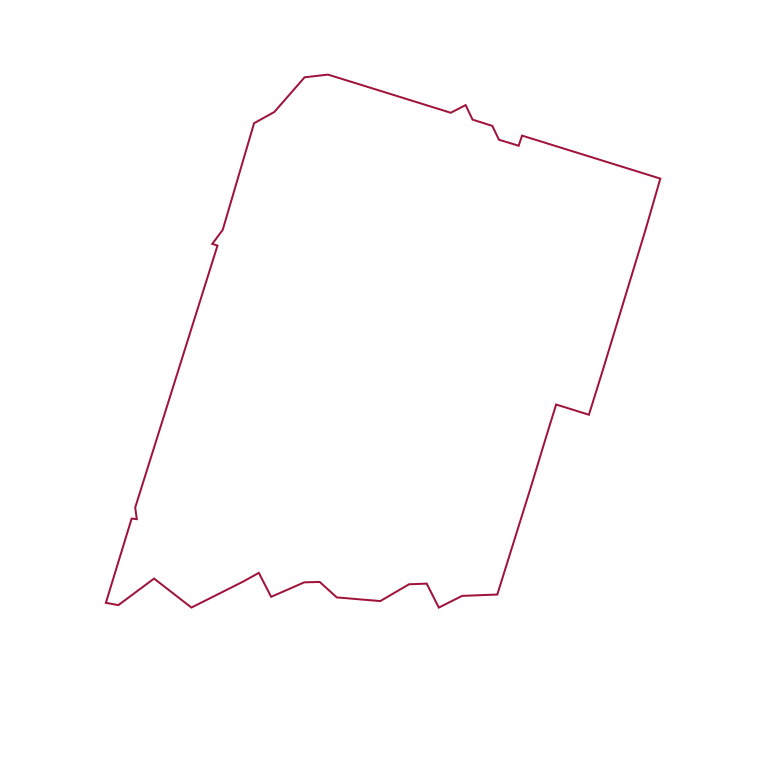 Harris, Georgia, United States of America (Natural Earth projection), rotated 287°
{"feature_id": "52423323B69997643015907", "entity_name": "Harris", "entity_type": "district", "adm_level": 2, "iso_a3": "USA", "parent_name": "United States of America", "parent_adm1": "Georgia", "projection": "natural_earth1", "projection_center": [-84.945, 32.728], "detail": "fine", "context": "isolated", "style": "outline", "palette": "rose", "viewbox_px": 768, "rotation_deg": 287, "n_neighbors": 0, "source": "geoboundaries", "source_scale": "gbopen_adm2", "svg_char_len": 703}
<svg xmlns="http://www.w3.org/2000/svg" viewBox="0 0 768 768"><g transform="rotate(287 384 384)"><path d="M654.1,218.4L612.1,199.6L595.4,183.5L484.2,184.7L467.8,178.8L467.7,184.3L193.1,182.2L182.5,187.1L181.5,182.0L93.4,182.0L94.9,194.6L95.0,194.7L130.7,221.0L113.9,265.2L153.9,307.1L166.8,319.5L147.5,338.3L157.6,350.1L171.0,365.7L175.9,380.4L166.1,401.2L175.3,443.9L199.8,466.5L205.6,483.2L186.2,501.8L204.2,520.6L215.8,553.9L329.1,554.6L381.4,554.5L408.9,554.6L414.7,554.6L414.5,588.9L422.8,589.0L460.6,589.2L608.2,589.0L661.2,588.2L661.9,443.4L651.2,443.1L651.2,422.5L662.5,412.1L662.7,391.4L674.6,380.5L662.9,368.5L663.5,240.0L654.1,218.4Z" fill="none" stroke="#9f1239" stroke-width="2"/></g></svg>